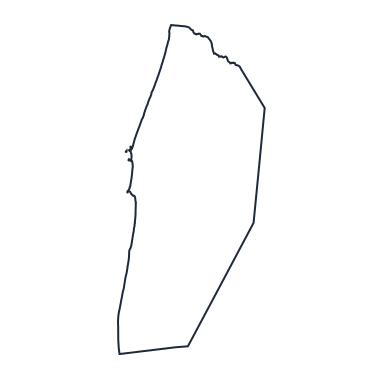 Mýrdalshreppur, Suðurland, Iceland (Natural Earth projection), rotated 93°
{"feature_id": "244011B6689541001554", "entity_name": "Mýrdalshreppur", "entity_type": "district", "adm_level": 2, "iso_a3": "ISL", "parent_name": "Iceland", "parent_adm1": "Suðurland", "projection": "natural_earth1", "projection_center": [-19.16, 63.515], "detail": "fine", "context": "isolated", "style": "outline", "palette": "slate", "viewbox_px": 384, "rotation_deg": 93, "n_neighbors": 0, "source": "geoboundaries", "source_scale": "gbopen_adm2", "svg_char_len": 5357}
<svg xmlns="http://www.w3.org/2000/svg" viewBox="0 0 384 384"><g transform="rotate(93 192 192)"><path d="M357.6,255.9L347.9,200.2L346.3,188.0L282.1,158.0L219.6,128.9L159.7,126.2L104.3,123.8L66.2,149.8L64.7,150.6L64.0,151.3L63.6,151.9L63.3,152.5L63.1,153.0L63.0,154.5L62.9,155.0L62.5,155.2L62.2,155.4L61.9,155.5L61.7,155.7L61.3,155.9L61.4,156.0L61.1,156.5L60.9,156.6L60.9,156.8L61.0,156.9L60.8,157.3L60.7,157.5L60.8,157.8L60.8,158.0L60.8,158.3L61.1,158.5L61.2,159.0L61.0,159.5L61.5,160.0L61.5,160.4L61.3,160.4L61.3,160.5L61.2,160.7L61.0,160.9L60.6,161.1L60.5,161.3L60.4,161.5L60.2,161.9L59.9,162.3L59.8,162.5L59.6,162.7L59.0,163.0L58.5,163.2L58.3,163.3L56.7,164.0L56.3,164.1L55.9,164.3L55.7,164.4L55.6,164.6L55.1,165.2L54.9,165.5L55.0,165.9L55.1,166.1L55.4,166.4L55.5,166.6L55.6,167.0L55.9,167.4L56.0,167.6L56.0,167.9L55.8,168.3L55.6,168.6L55.2,169.0L54.9,169.5L55.0,169.8L55.3,170.0L55.2,170.7L55.3,171.0L55.2,171.3L55.4,171.5L55.4,171.8L55.5,171.9L55.5,172.0L55.3,172.1L55.2,172.3L54.5,172.5L54.2,172.8L54.0,173.1L53.9,173.6L53.7,173.9L53.6,174.2L53.6,174.3L53.6,174.5L53.3,174.7L53.2,174.9L53.0,175.1L52.9,175.4L52.9,175.5L52.5,175.8L52.4,175.9L52.5,176.8L52.7,177.2L51.6,177.6L51.3,177.8L50.4,178.2L49.4,178.5L48.1,178.8L46.5,179.3L45.4,179.6L45.0,179.8L43.9,179.8L43.5,179.8L42.7,180.1L41.8,180.5L40.8,180.9L40.3,181.2L38.9,182.3L37.6,183.5L36.9,184.0L36.6,184.2L36.4,184.5L36.3,184.9L36.3,185.6L36.2,185.9L35.7,186.8L35.6,187.5L35.7,187.9L36.1,188.5L36.2,189.0L35.9,189.3L35.8,189.5L35.6,189.9L35.6,190.1L35.8,190.4L35.8,190.5L35.7,190.8L35.3,191.1L34.5,191.6L33.7,192.3L33.5,192.5L33.5,192.9L33.6,193.1L33.6,193.3L33.5,193.6L34.0,194.3L34.0,194.7L33.9,194.9L33.8,195.3L33.9,195.5L34.3,195.8L34.4,196.0L34.0,196.7L33.8,196.9L33.8,197.3L33.8,197.5L33.7,197.7L33.6,198.0L33.3,198.2L33.1,198.4L32.9,198.6L32.7,198.8L32.4,198.9L30.9,199.4L30.6,199.6L30.4,199.7L30.4,199.9L30.5,200.2L30.4,200.5L29.4,201.9L28.0,203.3L27.9,203.5L27.4,205.1L27.0,207.0L26.9,208.3L26.8,212.0L26.8,212.3L26.6,214.4L26.6,217.1L26.5,218.6L26.4,220.4L26.4,221.6L29.9,222.7L31.4,223.0L32.9,223.2L33.4,223.2L34.4,222.9L34.9,222.8L35.3,222.8L35.9,222.9L37.5,222.9L38.5,222.9L41.0,223.1L41.5,223.2L42.5,223.6L46.2,224.3L49.1,225.0L51.5,225.5L53.1,225.7L54.6,226.0L57.5,226.6L60.8,227.5L63.0,228.0L64.0,228.2L66.7,229.0L68.1,229.3L68.9,229.4L69.3,229.5L76.3,231.5L77.4,231.7L78.0,232.0L82.9,233.4L83.8,233.7L84.4,234.0L85.4,234.3L86.8,234.6L92.0,236.3L92.7,236.7L93.3,236.9L94.6,237.5L95.2,237.7L96.3,237.7L97.2,237.9L98.2,238.3L99.2,238.5L99.8,238.9L100.5,239.2L101.4,239.4L103.3,240.1L104.6,240.5L105.8,240.7L106.6,240.9L107.7,241.4L108.7,241.8L110.0,242.1L110.5,242.4L115.0,243.6L115.8,243.9L117.4,244.1L118.1,244.3L120.6,245.0L121.9,245.8L128.0,247.6L136.8,250.4L141.0,251.6L142.2,252.0L144.8,252.5L146.6,252.9L148.0,253.2L149.3,253.5L151.5,254.1L151.4,254.3L151.2,254.6L151.3,254.9L152.0,255.2L152.6,255.1L153.4,255.2L153.8,255.5L154.0,255.6L154.1,255.8L154.1,256.0L153.7,256.4L153.2,256.4L153.1,256.6L153.3,256.9L153.4,257.0L153.6,257.0L153.8,257.0L153.9,256.9L154.0,256.7L154.1,256.3L154.3,256.3L154.4,256.1L154.5,255.8L154.8,255.6L155.0,255.3L155.2,255.2L155.7,255.1L155.8,255.1L156.1,255.1L156.3,255.0L156.7,254.7L157.6,254.5L158.2,254.3L160.0,254.2L161.8,254.3L162.6,254.4L162.9,254.4L163.4,254.5L163.7,254.5L163.8,254.6L164.1,254.6L164.3,254.4L164.4,254.2L164.0,253.8L164.0,253.7L164.5,253.4L167.0,252.8L168.6,252.6L169.4,252.5L170.2,252.5L172.6,252.7L176.6,252.8L181.1,253.1L185.0,253.5L189.5,254.0L190.0,254.1L190.5,254.5L190.9,254.6L191.2,254.5L191.3,254.5L191.5,254.7L192.2,254.7L192.4,254.8L192.5,254.8L192.8,255.0L193.1,255.1L193.3,255.2L193.4,255.3L193.7,255.3L194.4,255.1L194.7,254.9L194.9,254.3L194.9,254.1L195.1,253.8L195.8,253.2L197.0,252.7L197.3,252.2L198.1,251.4L198.3,251.3L198.5,251.1L198.8,250.7L198.8,250.3L198.7,250.1L199.0,249.6L199.2,249.4L199.1,249.2L199.4,249.0L200.0,248.7L200.6,248.5L202.3,248.2L204.3,247.9L205.5,247.5L205.9,247.4L206.1,247.5L206.5,247.6L209.0,247.4L212.3,247.4L217.5,247.2L221.9,247.3L224.1,247.5L225.4,247.4L226.0,247.4L226.3,247.4L226.8,247.6L227.1,247.7L227.5,247.7L227.8,247.6L228.5,247.6L229.0,247.6L230.4,247.9L232.6,248.1L233.2,248.1L233.8,248.1L234.6,248.2L238.0,248.7L239.9,248.9L245.9,249.5L248.9,249.9L250.2,250.2L251.6,250.6L252.3,251.1L253.4,251.4L254.3,251.6L255.4,251.6L258.0,251.5L259.1,251.6L259.8,251.5L260.2,251.5L261.5,251.6L263.9,251.7L265.8,252.0L267.3,252.1L269.2,252.4L271.0,252.5L275.9,253.0L278.6,253.5L280.0,253.8L283.0,254.2L290.1,254.9L291.8,255.1L294.8,255.7L296.1,256.0L297.1,256.1L301.3,256.6L304.4,257.1L306.5,257.3L310.1,257.8L313.4,258.3L316.6,258.8L319.2,259.0L320.3,259.1L325.8,259.1L331.1,258.6L333.5,258.5L343.5,257.9L351.7,257.0L354.3,256.5L357.6,255.9ZM163.4,257.1L163.7,257.0L163.8,256.9L163.8,256.6L163.8,256.4L163.7,256.4L163.1,256.3L162.6,256.5L162.6,256.8L162.8,256.8L163.2,257.0L163.4,257.1ZM155.3,260.2L155.5,260.0L155.5,259.9L155.4,259.7L155.2,259.4L154.9,259.4L154.5,259.4L154.3,259.5L154.2,259.5L154.5,259.8L154.8,260.1L155.0,260.2L155.3,260.2ZM150.6,255.9L150.9,255.8L151.1,255.6L151.0,255.4L150.9,255.3L150.4,255.3L150.1,255.4L149.9,255.6L150.0,255.8L150.6,255.9ZM195.5,256.3L194.6,256.0L194.2,255.9L194.1,256.0L194.3,256.2L194.6,256.3L194.9,256.3L195.1,256.5L195.5,256.6L195.8,256.5L195.8,256.4L195.7,256.4L195.5,256.3Z" fill="none" stroke="#1e293b" stroke-width="2"/></g></svg>